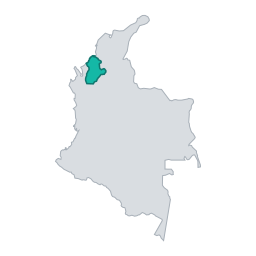 Colombia, with Córdoba highlighted
{"feature_id": "COL-1316", "entity_name": "Córdoba", "entity_type": "Department", "adm_level": 1, "iso_a3": "COL", "parent_name": "Colombia", "parent_adm1": "", "projection": "robinson", "projection_center": [-75.681, 8.405], "detail": "fine", "context": "in_parent", "style": "filled", "palette": "teal", "viewbox_px": 256, "rotation_deg": 0, "n_neighbors": 0, "source": "natural_earth", "source_scale": "10m", "svg_char_len": 5335}
<svg xmlns="http://www.w3.org/2000/svg" viewBox="0 0 256 256"><path d="M147.1,23.1L144.6,24.3L139.6,25.7L136.2,32.1L133.8,33.2L130.9,36.9L128.8,41.6L127.2,51.1L122.9,59.1L123.3,59.5L125.0,59.1L126.6,58.2L127.2,58.5L127.8,59.9L129.7,60.3L131.3,66.8L134.2,70.1L134.6,71.4L135.0,74.1L133.9,75.7L133.6,81.7L134.5,83.2L136.8,83.8L138.2,87.5L139.2,88.3L140.5,88.9L143.8,88.3L149.6,89.0L151.0,88.9L154.3,87.6L158.4,89.2L161.5,89.4L169.9,100.6L170.8,100.3L171.8,100.9L173.9,99.8L175.8,99.6L178.1,100.2L181.3,100.2L187.6,99.0L188.6,98.4L192.1,99.0L193.1,99.9L193.6,102.0L193.2,103.2L192.0,104.6L191.3,106.2L191.2,108.3L190.6,109.8L189.5,110.7L189.1,112.2L189.3,114.0L188.7,122.5L189.2,123.2L189.6,126.6L191.1,131.2L191.8,132.5L193.0,133.5L195.2,137.2L194.7,138.5L189.0,144.3L188.7,145.6L189.8,145.1L191.6,145.6L192.2,147.0L196.5,151.1L196.4,152.6L197.6,155.7L197.4,156.4L200.4,165.0L200.5,166.9L198.0,167.4L197.9,161.6L197.6,160.4L194.8,155.2L194.2,154.8L192.4,155.4L189.3,159.2L187.8,159.8L186.7,159.2L185.5,157.0L184.8,156.5L184.0,158.4L185.0,160.1L171.3,160.1L168.7,159.4L165.0,160.3L165.0,169.1L171.4,169.2L173.2,171.7L173.1,173.8L173.3,174.5L171.8,174.9L169.5,173.5L165.5,175.2L162.6,175.6L162.4,185.3L164.2,187.7L167.6,190.3L168.1,192.0L167.9,193.7L168.7,195.8L169.8,196.9L169.8,198.1L170.4,199.5L163.6,240.6L161.2,238.1L160.3,235.9L159.1,234.9L156.8,235.6L154.4,234.5L162.3,220.6L162.0,219.3L155.5,215.9L154.8,215.0L151.6,213.2L149.9,213.7L148.9,214.7L146.5,214.9L144.6,213.5L142.3,212.5L139.5,214.8L138.7,214.8L136.7,215.8L134.6,216.2L131.9,215.2L129.7,215.9L128.1,215.7L127.5,215.0L125.6,214.2L125.3,213.2L125.9,211.5L125.1,208.1L124.7,207.6L123.2,207.5L121.5,206.3L121.1,205.5L121.5,204.2L121.2,203.0L119.5,200.3L117.1,199.6L114.8,197.3L112.5,196.5L111.5,194.9L110.5,191.2L108.1,188.4L106.5,187.4L105.9,186.1L104.2,185.9L101.9,184.1L100.9,184.0L100.1,184.8L98.0,183.9L96.2,182.5L94.3,182.2L93.0,181.3L90.8,178.7L88.4,177.5L87.0,177.9L86.5,179.9L85.7,180.2L82.9,179.7L82.4,180.1L81.7,180.0L78.3,178.6L74.9,178.1L74.1,174.8L71.9,173.6L71.3,172.1L69.8,172.2L64.0,169.3L61.6,167.2L59.6,166.0L57.5,163.7L57.1,162.8L55.5,161.4L56.3,159.7L58.3,158.4L60.9,159.4L61.2,157.4L60.2,155.6L60.7,151.5L61.4,150.6L62.8,149.8L63.7,150.1L64.2,149.5L66.3,149.8L66.9,149.5L68.6,147.9L69.2,146.5L70.0,146.7L71.7,144.5L71.4,142.3L73.0,141.8L74.7,138.2L75.4,138.1L75.8,136.4L78.8,130.5L77.7,131.2L76.5,130.8L76.7,128.8L76.4,128.5L75.4,130.1L74.6,128.5L74.8,126.0L73.5,126.5L73.5,125.9L75.5,123.9L76.3,119.6L75.6,118.0L75.2,111.4L74.9,110.2L73.3,108.6L75.8,106.7L76.7,105.3L75.6,102.4L74.1,99.9L74.1,98.4L75.0,98.6L75.3,94.5L74.5,93.0L73.4,92.9L70.1,86.9L69.0,85.7L69.9,82.8L70.9,81.5L70.6,79.3L71.3,79.4L72.7,81.4L73.3,81.1L75.5,79.2L75.6,77.5L77.4,75.6L74.9,69.5L74.0,68.5L75.0,66.6L75.6,66.7L76.6,68.6L78.2,69.9L80.5,73.3L81.5,74.0L80.8,74.8L80.6,75.6L80.9,76.1L82.3,76.2L82.8,75.2L82.4,71.1L81.9,69.0L80.7,67.5L81.1,66.9L83.4,65.9L88.3,61.9L90.0,58.2L91.3,56.8L92.7,55.9L94.5,56.1L95.9,55.7L96.3,54.5L95.4,51.9L96.5,48.3L96.4,46.5L97.1,45.5L96.9,45.0L95.1,46.3L96.9,43.8L98.2,40.0L105.3,33.2L110.0,34.9L111.4,34.8L109.5,35.6L109.2,36.6L109.9,37.6L110.6,37.9L111.2,37.2L112.8,33.3L113.0,31.1L113.7,30.4L114.7,30.1L119.2,31.0L123.5,30.7L130.5,25.1L135.8,22.7L137.1,20.4L137.4,18.7L138.4,18.0L139.4,18.0L140.0,17.0L142.4,15.5L145.0,15.4L147.8,16.7L149.1,19.0L149.3,20.6L147.1,23.1ZM66.4,149.0L66.1,149.3L65.4,148.8L65.2,148.1L65.6,147.6L66.1,147.8L66.4,149.0Z" fill="#d9dde1" stroke="#a8b0b8" stroke-width="1"/><path d="M86.3,63.5L86.5,63.3L86.5,63.2L86.4,63.1L86.5,63.0L87.3,62.8L87.5,62.6L87.8,62.5L87.9,62.3L88.0,62.2L88.5,61.8L88.6,61.6L88.5,61.2L88.6,60.8L88.8,60.5L89.2,60.1L89.3,59.9L89.4,59.7L89.5,58.6L89.6,58.4L90.0,58.3L90.1,58.2L90.3,58.0L90.3,57.8L90.3,57.5L90.3,57.4L90.5,57.2L91.2,56.9L91.6,56.8L91.9,56.6L92.2,56.3L92.2,56.0L92.3,55.8L92.6,55.8L92.7,56.0L93.1,55.9L93.5,55.8L93.8,55.7L93.9,55.8L94.0,55.8L94.0,56.1L93.9,56.0L93.7,56.0L93.4,56.2L93.5,56.3L93.7,56.2L93.8,56.3L93.9,56.5L94.2,56.2L94.4,56.0L94.7,56.0L95.0,56.0L95.2,57.0L95.5,57.1L96.0,57.3L96.6,57.6L96.8,57.9L97.0,58.1L97.4,58.2L97.5,58.4L97.8,58.4L98.0,58.5L98.1,59.1L98.4,59.7L100.5,60.8L101.0,61.2L100.9,61.4L100.9,61.5L101.1,61.9L101.2,62.0L101.0,62.8L100.9,62.9L100.3,63.1L100.1,63.1L99.8,63.3L99.6,63.6L99.3,63.8L99.2,64.4L99.5,65.2L99.4,65.6L99.4,65.8L99.4,66.1L99.6,67.0L99.6,67.5L99.7,68.2L99.8,68.5L100.0,68.8L100.5,69.0L100.9,69.3L101.3,69.8L102.6,69.1L103.1,69.0L103.8,68.7L104.0,68.7L104.4,68.9L104.9,69.3L105.2,69.9L105.5,70.2L105.6,70.3L105.8,70.5L105.8,71.5L105.9,71.8L105.7,72.1L105.6,72.3L105.6,72.5L105.3,72.8L105.1,72.9L104.9,73.2L104.6,73.7L104.2,74.3L103.5,74.2L103.3,74.3L103.1,74.3L102.8,74.5L102.6,74.4L102.4,74.4L102.2,74.4L101.3,74.5L101.0,74.6L100.8,74.6L100.5,75.1L100.4,75.3L99.7,76.2L99.2,76.8L98.9,77.2L98.3,77.6L98.1,77.9L97.7,78.8L97.4,79.0L97.2,79.2L97.0,79.5L96.8,80.6L96.5,81.1L96.3,81.3L95.8,81.4L95.1,81.6L94.7,81.8L94.4,82.0L93.5,83.4L93.5,83.6L93.3,83.8L93.2,83.9L92.0,83.8L91.2,83.8L86.8,83.6L86.4,82.5L85.7,80.7L85.6,80.1L85.6,78.8L86.0,77.0L86.5,76.2L86.6,75.5L86.7,75.2L86.6,73.9L86.9,73.5L87.2,72.9L87.8,71.5L88.4,70.6L89.0,69.7L89.1,69.1L89.0,68.6L88.9,67.5L88.7,67.1L88.5,66.8L88.3,66.6L87.7,66.3L87.5,66.1L87.3,65.7L87.0,65.3L86.8,64.2L86.7,63.9L86.4,63.6L86.3,63.5Z" fill="#14b8a6" stroke="#0f766e" stroke-width="1.5"/></svg>